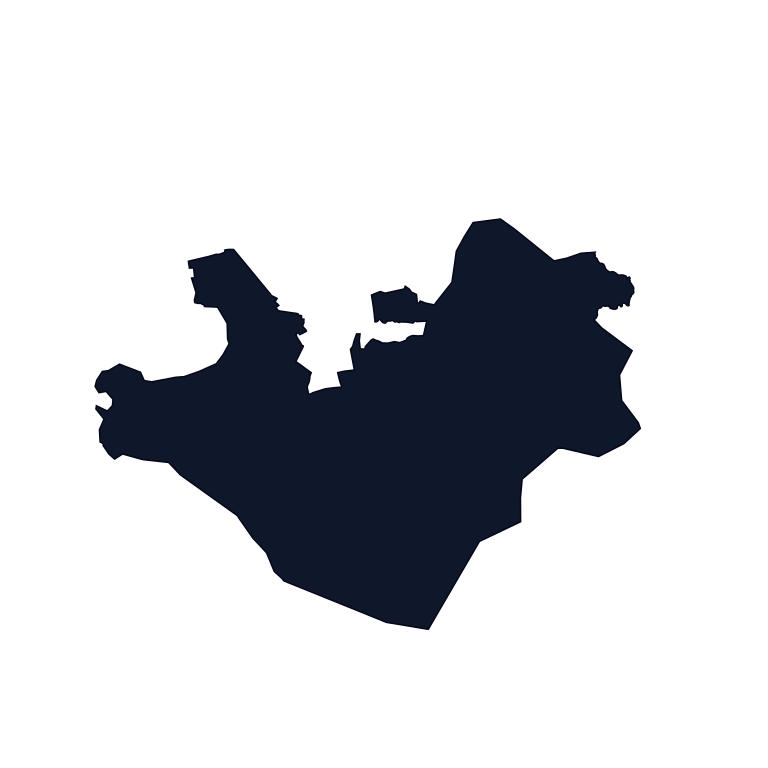 outline of Konduga, Borno, Nigeria, rotated 321°
{"feature_id": "59680162B88504568355174", "entity_name": "Konduga", "entity_type": "district", "adm_level": 2, "iso_a3": "NGA", "parent_name": "Nigeria", "parent_adm1": "Borno", "projection": "robinson", "projection_center": [13.263, 11.671], "detail": "fine", "context": "isolated", "style": "filled", "palette": "ink", "viewbox_px": 768, "rotation_deg": 321, "n_neighbors": 0, "source": "geoboundaries", "source_scale": "gbopen_adm2", "svg_char_len": 5367}
<svg xmlns="http://www.w3.org/2000/svg" viewBox="0 0 768 768"><g transform="rotate(321 384 384)"><path d="M403.5,577.0L418.4,558.4L431.5,544.9L478.6,543.3L482.5,546.4L505.1,575.4L532.9,581.3L555.2,579.9L557.3,574.1L558.3,546.4L572.7,525.2L597.8,514.3L588.5,477.5L587.6,466.4L590.8,466.1L592.4,465.3L593.5,464.6L593.9,463.6L594.6,462.7L595.3,461.9L596.4,461.1L597.2,460.7L598.3,460.2L599.2,460.7L600.1,461.2L601.0,461.3L602.0,461.0L603.0,460.8L603.9,461.7L604.8,462.8L606.3,463.7L607.3,464.5L607.7,465.6L607.5,466.7L607.5,467.5L608.2,468.6L609.0,469.8L609.9,470.7L610.8,471.4L611.7,471.8L612.5,471.9L613.3,471.5L614.0,470.6L614.8,470.4L616.0,470.5L616.8,471.1L617.0,471.7L616.7,472.5L616.9,473.2L617.6,473.5L618.6,473.0L619.2,472.0L619.9,471.5L621.0,471.7L621.8,472.5L622.2,473.7L622.2,474.7L622.2,475.4L622.4,476.1L622.8,476.8L623.4,477.1L624.2,476.9L624.8,475.8L625.6,475.2L626.5,474.3L627.4,473.5L628.5,472.8L629.2,472.0L629.7,471.6L630.8,471.7L631.9,471.0L632.8,470.6L633.7,470.6L634.6,470.5L635.6,470.2L636.3,469.2L637.2,467.8L638.2,467.0L638.8,465.8L639.0,464.4L639.1,463.2L639.3,461.9L639.3,460.6L639.9,458.6L640.4,458.3L640.7,457.2L641.1,457.0L641.4,456.8L641.9,456.6L641.9,455.1L639.2,455.1L639.8,454.1L640.0,452.4L639.2,451.1L638.6,450.3L638.6,450.2L638.2,449.6L637.3,448.8L636.4,448.1L635.4,447.5L634.6,446.8L634.3,445.4L634.1,444.3L633.7,443.0L633.2,441.6L632.3,440.6L631.5,439.9L630.5,439.5L629.9,439.0L629.5,437.9L629.1,437.0L628.9,436.0L628.7,434.8L628.8,433.8L629.1,432.7L629.6,431.5L629.9,430.5L629.9,428.9L629.7,428.3L629.3,427.6L628.9,427.0L627.9,426.2L627.6,425.6L627.7,424.8L627.7,424.0L627.7,423.2L627.9,422.4L628.3,421.4L628.4,420.7L628.4,419.8L628.0,419.1L628.0,418.4L628.2,417.9L629.1,417.1L629.6,415.9L630.3,414.8L631.1,414.5L619.3,406.3L605.4,401.3L593.6,395.3L582.8,345.3L578.3,329.0L576.8,328.1L554.9,314.6L539.2,320.0L523.8,326.3L514.1,335.4L500.8,347.7L480.0,352.4L472.8,354.1L467.2,347.2L464.4,342.3L462.1,342.9L460.9,342.0L463.1,338.7L465.6,334.8L463.2,330.0L463.4,326.0L463.0,324.8L462.0,321.4L459.6,322.9L442.0,314.1L439.3,309.8L437.3,309.1L434.7,308.3L430.2,307.0L426.0,314.4L423.5,318.5L421.3,322.1L418.6,326.2L417.2,328.4L416.1,330.0L417.1,330.8L418.0,331.1L418.9,331.2L420.4,330.7L420.9,330.8L421.3,331.2L421.5,332.4L421.7,334.0L421.7,334.4L421.7,334.7L421.6,334.9L421.6,335.2L421.9,335.7L421.9,335.8L422.2,336.2L422.4,336.5L422.9,337.1L423.2,337.5L423.7,337.6L424.6,337.3L424.9,337.2L425.0,337.2L425.3,337.1L425.6,337.1L426.1,337.6L427.0,337.7L427.5,338.1L427.8,338.4L428.1,338.7L428.4,338.9L428.8,339.2L429.2,339.4L429.8,339.4L430.2,339.5L430.5,339.8L430.9,340.8L431.0,341.4L431.1,341.7L431.1,341.8L431.3,342.2L431.4,342.5L431.5,342.7L431.7,342.8L432.2,343.1L433.0,343.4L433.3,343.6L433.5,344.1L433.7,344.7L434.0,345.1L434.8,346.0L435.7,346.0L440.5,350.1L444.7,354.7L445.0,354.9L448.1,354.5L448.4,355.5L448.7,355.9L448.9,356.5L449.6,356.9L450.2,357.0L450.6,357.5L450.9,357.8L456.8,362.0L445.1,371.2L440.9,368.2L436.9,364.5L434.1,363.3L431.0,362.9L428.7,363.9L422.8,361.9L422.0,361.5L418.7,357.6L418.0,357.2L413.9,355.3L411.8,354.0L411.8,353.9L408.3,350.8L407.1,347.6L405.0,344.6L404.0,342.3L402.0,341.7L393.1,343.2L391.0,344.8L387.7,341.7L392.0,334.9L396.9,330.0L394.2,327.8L387.5,331.9L383.6,334.9L379.7,336.0L369.9,354.2L368.7,353.8L361.1,349.0L355.2,346.0L352.9,350.7L351.9,352.9L350.8,355.5L349.4,359.7L349.3,359.8L342.5,355.2L335.4,350.8L323.6,346.1L321.1,345.6L319.0,344.7L322.2,338.3L324.1,336.8L326.6,335.6L329.1,333.7L331.5,331.2L334.6,329.4L333.0,323.7L331.9,319.3L330.8,315.2L329.6,311.0L333.1,309.5L337.4,307.5L344.3,304.3L344.7,304.1L345.1,303.9L345.2,303.5L345.0,303.2L344.9,302.8L344.8,302.7L344.7,302.5L344.6,302.1L344.6,301.9L344.7,301.6L344.7,301.0L344.8,300.9L344.9,300.3L345.0,299.4L345.2,298.6L345.3,297.5L345.3,296.9L345.4,296.2L345.5,295.8L345.6,295.0L345.7,293.9L345.8,293.6L345.9,292.8L346.0,292.1L346.1,291.3L346.1,290.7L346.7,290.9L347.0,289.9L348.3,289.9L349.8,290.0L349.8,291.0L349.4,292.4L349.8,292.6L350.7,292.9L352.0,293.2L353.1,293.5L354.3,293.7L354.5,293.7L355.1,293.8L355.4,293.9L356.1,294.0L357.1,294.0L357.4,292.3L357.1,289.4L357.3,288.0L358.0,287.1L359.0,286.8L360.4,285.9L361.5,284.4L362.6,283.3L361.6,282.3L361.0,281.6L361.9,280.2L362.5,279.6L362.9,278.9L361.2,277.0L361.0,276.6L361.0,276.3L361.1,275.9L361.4,275.5L360.2,273.8L356.9,270.3L348.1,260.7L348.1,256.4L351.7,256.8L351.7,255.2L351.3,253.5L351.0,251.7L352.6,251.1L354.8,250.2L352.3,244.7L351.9,195.8L351.8,184.8L347.9,181.6L344.8,179.7L343.1,181.3L340.9,180.7L337.3,179.4L335.3,177.6L328.4,174.7L309.2,165.5L305.7,171.4L309.0,174.1L303.6,182.3L301.1,180.5L295.4,194.8L289.4,199.5L288.1,201.6L290.4,204.6L292.1,205.7L293.8,209.4L293.2,210.8L303.0,219.5L300.3,238.1L290.7,250.7L288.9,255.3L277.3,260.0L266.3,262.7L261.2,261.3L249.0,258.1L238.0,254.2L233.3,252.5L226.4,247.7L204.8,236.1L199.8,230.4L202.2,221.6L190.9,202.1L178.3,200.2L173.0,197.0L163.0,200.3L157.9,204.2L157.0,211.4L163.4,214.9L163.7,225.4L159.3,229.9L152.0,230.9L146.8,219.9L144.4,222.1L144.3,235.1L134.1,240.4L126.9,250.4L127.5,251.7L128.0,253.9L127.7,254.6L127.0,255.0L126.1,265.2L127.4,272.8L136.8,273.9L149.0,291.0L167.2,309.4L168.0,319.0L168.5,326.3L187.3,394.5L186.9,395.9L185.1,421.3L186.5,441.2L180.7,460.7L182.3,470.7L182.3,474.1L228.1,556.7L235.8,570.7L264.0,602.5L359.1,566.4L403.5,577.0Z" fill="#0f172a" stroke="#020617" stroke-width="1.5"/></g></svg>